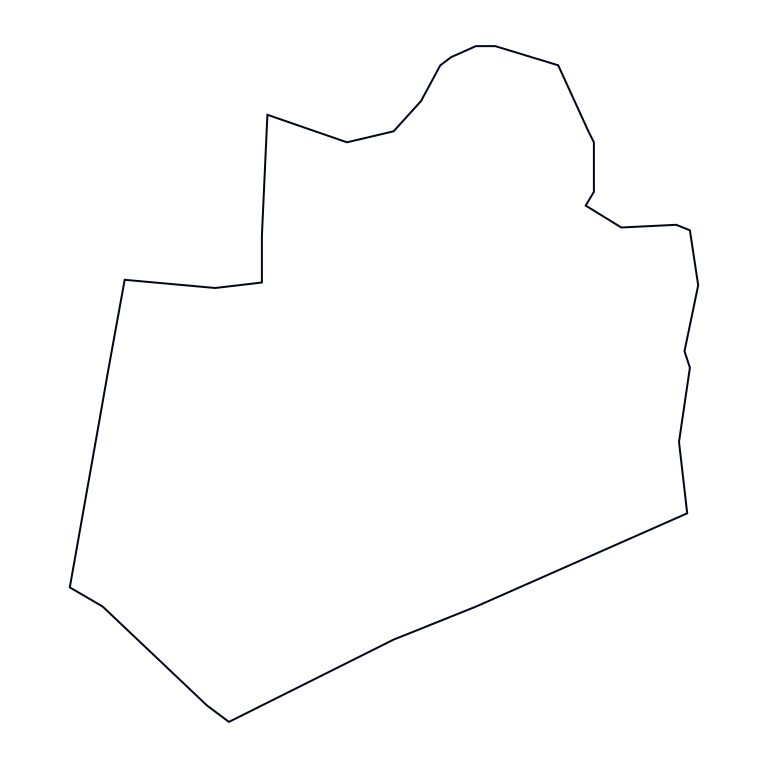 the border of Bay
{"feature_id": "SOM-2313", "entity_name": "Bay", "entity_type": "Region", "adm_level": 1, "iso_a3": "SOM", "parent_name": "Somalia", "parent_adm1": "", "projection": "mercator", "projection_center": [43.708, 2.69], "detail": "fine", "context": "isolated", "style": "outline", "palette": "ink", "viewbox_px": 768, "rotation_deg": 0, "n_neighbors": 0, "source": "natural_earth", "source_scale": "10m", "svg_char_len": 540}
<svg xmlns="http://www.w3.org/2000/svg" viewBox="0 0 768 768"><path d="M495.1,46.1L558.2,65.3L588.4,131.3L593.9,142.3L593.9,191.8L585.7,205.6L621.3,227.5L676.2,224.8L689.9,230.3L698.2,285.3L684.5,351.2L689.9,367.7L679.0,441.9L687.2,513.3L475.9,606.6L393.6,639.6L322.2,675.3L228.9,721.9L207.0,705.5L102.7,606.6L69.8,587.4L100.0,417.1L108.2,370.4L124.7,279.8L215.2,288.0L261.9,282.5L261.9,235.8L267.4,114.8L346.9,142.3L393.6,131.3L421.0,101.1L440.3,65.3L451.2,57.1L475.9,46.1L495.1,46.1Z" fill="none" stroke="#020617" stroke-width="2"/></svg>